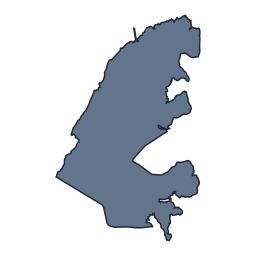 Fanif, Federated States of Micronesia (Robinson projection)
{"feature_id": "79324940B88858920972167", "entity_name": "Fanif", "entity_type": "district", "adm_level": 2, "iso_a3": "FSM", "parent_name": "Federated States of Micronesia", "parent_adm1": "", "projection": "robinson", "projection_center": [138.125, 9.563], "detail": "fine", "context": "isolated", "style": "filled", "palette": "slate", "viewbox_px": 256, "rotation_deg": 0, "n_neighbors": 0, "source": "geoboundaries", "source_scale": "gbopen_adm2", "svg_char_len": 5883}
<svg xmlns="http://www.w3.org/2000/svg" viewBox="0 0 256 256"><path d="M166.7,131.6L166.4,131.5L166.5,130.5L166.3,129.6L162.1,128.9L161.4,129.3L161.0,128.5L159.9,128.3L158.6,127.4L158.7,126.6L158.0,125.7L158.5,125.3L159.3,125.4L161.3,127.2L166.1,129.1L167.6,129.3L169.2,128.7L169.5,128.5L167.9,127.6L167.6,127.0L168.4,126.3L168.3,125.8L171.2,124.5L173.3,118.1L174.6,117.6L176.6,118.0L177.8,117.6L179.5,116.8L180.5,116.1L180.6,115.6L182.0,115.1L182.7,114.4L186.6,114.2L187.8,113.8L189.0,113.2L190.1,112.0L190.5,111.1L190.5,109.8L191.1,109.2L191.2,108.0L190.5,105.6L188.5,102.6L188.6,101.9L188.0,101.5L188.1,99.2L186.8,95.2L186.3,92.1L185.8,91.7L185.0,92.0L184.6,91.2L183.1,91.9L180.7,94.3L179.1,95.1L177.5,95.1L176.6,95.5L175.8,96.2L174.1,99.4L173.4,100.2L172.9,100.0L170.7,101.3L169.6,101.5L168.2,102.7L167.3,102.5L166.4,103.1L166.4,102.0L167.8,101.4L168.4,99.2L168.0,98.4L166.6,98.4L166.5,98.0L167.3,96.5L166.5,95.6L165.8,91.9L167.0,91.7L167.6,90.7L166.8,88.8L166.0,88.5L166.1,87.5L167.1,86.7L168.0,86.5L170.0,84.5L171.2,82.4L170.5,82.1L170.8,81.0L171.7,81.4L172.1,78.0L173.4,77.6L176.1,80.1L177.1,80.6L178.7,80.0L181.0,77.9L181.7,77.8L184.2,78.2L185.2,78.9L186.5,80.6L188.3,81.4L189.1,80.0L189.0,78.6L188.3,77.1L186.8,75.3L186.5,73.6L185.9,72.6L185.1,71.6L183.6,70.7L182.9,69.2L179.7,66.2L179.4,65.3L179.8,64.4L178.7,61.8L179.0,59.8L179.7,58.7L180.3,54.9L180.2,54.2L181.2,53.4L182.9,53.6L184.4,53.0L185.5,53.2L191.1,57.3L192.6,57.6L195.9,56.9L197.2,57.0L198.2,56.7L199.8,51.9L199.6,46.0L199.9,38.5L199.6,36.1L199.1,35.4L199.8,34.6L199.9,31.6L199.4,28.8L198.3,28.3L196.4,28.9L196.0,28.1L194.6,28.3L193.2,27.6L190.9,28.1L189.6,29.5L189.6,28.8L190.0,28.4L192.0,27.0L191.4,26.5L190.9,22.9L190.9,20.9L189.6,21.1L189.6,20.5L189.1,19.6L188.6,19.1L187.7,18.9L186.7,17.1L185.5,16.7L186.0,16.3L185.9,15.8L184.7,15.4L182.2,16.8L180.9,18.3L180.2,18.1L178.4,19.3L177.5,17.7L176.6,17.9L176.1,19.2L174.6,20.6L174.2,22.9L173.5,20.4L171.3,19.0L170.9,20.1L169.2,20.1L168.7,20.9L168.6,21.6L167.6,21.5L167.0,20.8L165.7,21.9L161.7,22.6L160.6,23.3L160.1,24.7L159.6,24.9L158.5,23.7L157.2,24.6L155.5,24.7L153.9,26.7L154.5,29.0L153.1,28.6L152.3,27.3L150.9,26.4L148.9,26.9L147.0,27.8L145.4,29.7L144.5,32.0L143.2,32.6L142.7,33.1L142.2,35.3L140.5,35.5L138.5,38.1L137.2,39.2L138.3,40.9L137.3,41.4L136.3,40.3L134.4,28.5L133.8,28.3L135.7,40.0L135.0,41.5L134.6,41.1L134.2,41.2L133.8,42.4L133.1,42.6L132.0,41.5L130.4,41.5L129.2,42.2L129.1,42.7L128.7,42.5L128.2,43.1L127.1,43.3L122.9,47.7L121.7,48.5L121.1,48.1L120.5,48.3L120.3,50.1L120.0,50.7L111.7,59.7L109.3,60.2L107.7,63.5L106.2,69.5L104.6,72.4L104.4,73.4L104.8,74.2L104.4,76.9L103.1,80.6L101.4,82.6L100.6,82.9L99.9,82.5L99.0,83.9L99.7,84.3L99.4,85.1L100.2,87.4L99.8,87.6L99.4,87.2L98.8,87.5L98.2,88.6L98.3,89.9L96.7,89.9L95.3,90.7L94.3,90.3L93.8,92.5L90.6,99.6L88.8,104.7L85.9,110.4L84.2,112.2L83.1,114.5L82.7,114.3L82.1,115.3L81.3,116.0L80.5,118.1L79.2,119.7L77.9,120.6L75.7,124.7L73.2,128.2L71.1,134.6L71.9,135.4L73.2,134.1L74.7,134.8L75.9,136.5L75.4,136.9L75.4,137.5L76.1,138.1L77.2,138.2L79.0,140.2L79.0,140.9L76.5,144.8L76.3,146.2L75.5,147.6L71.4,151.0L70.9,151.8L71.2,152.9L70.0,153.9L68.8,154.0L66.2,155.3L65.5,156.4L65.8,157.7L64.8,158.6L64.4,160.0L64.4,164.1L63.1,165.8L62.3,168.0L61.0,169.4L60.2,171.0L57.9,171.9L56.9,174.6L56.9,175.4L56.1,176.9L102.6,205.1L103.8,208.0L107.1,223.3L108.5,225.0L110.1,226.0L114.3,227.2L128.1,226.9L134.7,227.7L140.5,227.8L152.6,226.6L151.6,224.9L151.4,224.2L150.4,224.1L150.2,223.4L149.6,222.8L147.5,222.4L147.1,222.0L146.1,222.5L146.0,222.1L146.7,220.8L146.8,219.4L147.1,219.2L147.6,219.7L148.3,219.4L149.3,220.3L149.5,220.0L147.9,218.4L147.8,217.4L147.9,217.1L148.4,217.6L149.3,216.5L149.7,216.4L150.1,214.7L151.9,215.3L152.2,215.2L152.5,214.2L152.7,214.8L153.9,214.8L154.1,213.3L154.6,213.2L154.3,215.4L154.7,216.7L155.5,218.0L156.4,218.4L157.6,220.3L157.8,221.3L160.4,223.6L160.7,225.0L161.4,226.1L161.0,226.6L161.1,227.5L163.5,229.6L164.1,230.5L164.6,231.9L164.8,235.3L166.2,237.6L166.2,238.9L167.0,240.3L167.6,239.8L169.0,240.6L170.5,238.4L171.4,236.4L171.0,234.7L170.6,234.1L169.0,234.5L168.4,233.6L167.6,233.8L167.4,233.2L168.2,232.8L168.4,231.7L168.3,230.5L167.5,229.5L167.5,228.7L168.0,227.2L169.2,224.9L169.1,223.5L169.7,223.9L170.1,223.7L170.3,222.7L170.3,220.7L169.7,217.8L170.3,216.8L170.0,214.9L171.3,214.1L173.0,215.3L174.4,215.1L175.2,214.7L176.0,214.9L178.0,213.8L179.9,215.0L180.5,214.8L180.7,214.1L182.1,213.7L182.4,212.1L182.0,210.5L179.5,208.3L178.8,207.4L177.6,207.2L176.7,207.8L176.0,207.3L174.4,208.0L174.8,206.9L174.3,205.4L173.0,202.7L171.1,201.8L170.9,200.9L169.8,200.6L169.4,201.2L168.4,201.3L166.9,202.3L166.8,201.6L164.8,202.1L162.9,201.9L162.0,201.4L160.8,201.8L160.1,201.6L160.1,202.3L158.9,201.5L159.6,199.8L159.5,199.4L159.1,199.2L159.4,198.9L159.8,199.4L165.5,199.4L166.5,198.4L167.7,198.7L168.3,198.0L168.4,197.2L169.5,197.0L169.4,199.4L170.9,199.7L171.0,198.6L169.9,198.5L169.9,196.7L171.2,195.1L172.2,195.2L172.7,194.9L172.7,193.7L173.8,193.2L173.8,192.6L173.1,192.2L173.4,191.8L173.8,191.8L174.5,192.8L175.0,192.8L175.2,191.3L175.5,191.5L175.0,193.3L176.0,194.3L176.3,195.4L177.9,196.2L179.8,197.8L180.6,197.4L181.5,195.9L182.8,196.7L183.7,196.4L184.6,197.0L185.6,197.2L188.1,196.6L188.9,197.1L191.1,196.3L193.3,194.9L195.2,194.5L197.1,192.9L197.5,191.3L197.3,189.4L196.9,188.7L196.9,187.3L197.6,186.8L198.1,185.4L198.9,184.6L199.4,182.7L198.2,178.8L197.6,177.6L196.8,177.0L196.5,175.3L194.4,175.0L192.5,175.8L192.5,174.0L193.1,173.7L193.8,172.5L193.5,172.1L194.0,171.6L193.9,170.5L193.3,169.9L193.3,168.0L193.0,167.5L193.2,167.2L192.9,166.0L191.8,164.9L190.8,163.3L190.5,162.3L188.5,160.7L186.9,160.7L183.0,162.2L180.8,162.3L180.6,162.5L177.8,162.1L176.9,162.4L175.6,165.4L174.0,166.7L172.8,166.9L171.6,167.5L168.2,171.6L161.4,175.1L151.7,174.3L139.4,165.1L132.8,161.4L132.8,161.1L133.0,159.2L145.1,145.8L166.7,131.6Z" fill="#64748b" stroke="#1e293b" stroke-width="1.5"/></svg>